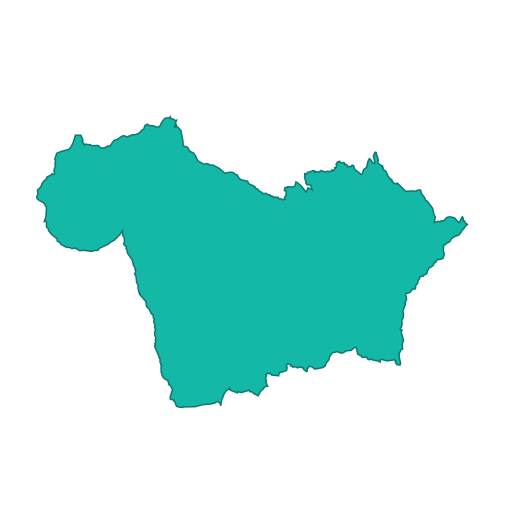 Bondowoso, Jawa Timur, Indonesia (Robinson projection), rotated 175°
{"feature_id": "22746128B61555758059649", "entity_name": "Bondowoso", "entity_type": "district", "adm_level": 2, "iso_a3": "IDN", "parent_name": "Indonesia", "parent_adm1": "Jawa Timur", "projection": "robinson", "projection_center": [113.922, -7.945], "detail": "fine", "context": "isolated", "style": "filled", "palette": "teal", "viewbox_px": 512, "rotation_deg": 175, "n_neighbors": 0, "source": "geoboundaries", "source_scale": "gbopen_adm2", "svg_char_len": 6110}
<svg xmlns="http://www.w3.org/2000/svg" viewBox="0 0 512 512"><g transform="rotate(175 256 256)"><path d="M452.7,288.1L450.7,286.9L449.1,284.4L444.1,281.2L440.5,280.6L438.6,279.4L435.5,279.7L431.2,276.7L426.5,276.6L419.1,274.8L418.1,275.4L413.1,275.5L411.0,277.5L402.0,280.7L400.0,282.3L396.0,284.0L389.7,289.3L386.7,293.0L386.9,288.2L385.6,285.6L385.8,281.4L386.9,279.8L386.1,278.2L384.3,276.6L384.8,274.8L384.0,273.4L383.8,270.1L379.6,262.8L379.4,260.2L378.8,259.4L379.2,259.0L379.0,257.9L377.1,253.5L377.7,253.1L377.1,251.1L378.5,248.8L377.3,246.2L377.2,239.8L375.9,237.3L376.3,234.7L375.8,230.1L375.0,228.8L375.5,228.3L369.7,220.3L369.4,215.1L367.1,212.4L365.3,207.5L363.8,206.7L363.5,202.7L362.8,201.9L363.7,199.6L362.6,195.3L363.4,193.5L362.4,191.7L363.7,188.5L363.7,185.9L363.0,183.5L363.6,180.8L363.3,178.4L364.4,177.8L363.9,175.8L364.7,175.7L364.9,174.9L361.2,163.8L361.4,162.9L360.5,162.2L360.9,158.2L360.1,157.4L360.4,156.0L359.6,155.1L360.3,153.6L360.6,148.1L360.1,147.6L360.0,145.5L358.9,142.9L356.0,140.3L354.7,140.0L353.9,135.2L352.7,134.6L350.8,130.4L353.8,123.0L353.8,120.7L350.6,119.8L350.5,118.6L349.6,117.9L348.3,113.3L345.6,112.1L342.0,111.5L341.9,112.0L329.8,111.2L321.8,112.6L313.8,112.5L309.7,113.2L307.8,114.4L306.1,113.9L304.6,112.2L304.1,109.9L302.9,115.1L299.6,121.8L297.6,124.1L293.8,126.6L293.9,125.3L293.2,124.5L286.4,121.3L286.2,121.9L285.0,122.2L282.8,121.2L274.5,122.9L273.9,121.3L272.2,121.3L269.5,118.6L269.2,118.9L266.1,116.5L262.9,121.2L260.9,122.4L259.3,124.4L257.2,125.3L255.8,125.2L257.2,130.0L256.4,130.7L257.2,133.3L256.0,135.8L256.6,137.0L254.0,138.3L253.1,137.4L251.7,137.8L251.0,136.1L243.9,134.7L243.0,137.6L236.5,139.0L235.2,140.0L234.7,142.5L235.5,143.5L233.9,145.9L231.0,144.8L231.2,143.5L229.9,143.4L229.2,142.1L226.3,142.2L224.4,140.9L222.2,141.8L220.5,140.8L219.8,141.2L218.6,140.2L218.5,138.9L215.9,136.5L214.9,136.9L214.9,139.7L214.0,139.7L212.6,141.5L210.1,140.8L207.2,138.2L199.5,139.0L196.6,140.4L195.5,143.2L192.6,146.0L191.2,149.6L188.4,152.9L183.3,153.6L180.0,151.9L177.8,151.9L174.2,153.7L169.4,153.6L166.0,156.3L164.1,155.9L163.2,149.4L160.3,147.5L158.7,145.6L154.8,145.7L153.5,143.3L151.7,142.7L150.5,143.6L148.9,142.3L143.6,140.8L141.6,139.5L141.2,141.4L140.2,142.2L134.7,140.1L127.3,140.5L126.0,139.6L126.5,138.1L125.0,135.4L122.1,134.8L121.3,136.5L122.2,143.2L121.8,146.9L120.5,148.2L119.9,149.9L118.0,150.6L118.0,155.5L116.4,158.9L118.0,167.8L116.9,169.5L118.3,169.8L118.7,171.2L117.5,172.1L116.5,175.0L116.3,179.2L115.2,180.8L114.1,184.7L114.5,188.5L111.5,194.6L111.2,197.5L109.9,199.1L109.7,201.9L110.5,203.4L110.0,205.3L105.7,206.3L103.0,209.5L100.5,209.2L99.6,210.5L99.9,212.0L97.2,215.1L96.6,217.5L95.3,218.8L94.8,220.6L92.1,221.7L91.1,221.3L90.5,222.3L87.4,223.5L86.4,226.4L84.6,228.9L80.9,230.7L79.7,232.1L79.5,233.2L77.2,234.4L76.8,235.6L75.2,236.6L72.4,236.6L69.7,237.6L68.3,241.4L68.9,245.4L68.0,250.7L66.4,250.8L64.6,252.3L61.9,253.2L59.8,256.2L57.0,257.8L52.1,259.3L49.4,262.0L48.5,263.9L46.9,264.6L45.2,267.1L42.6,269.1L44.6,270.5L45.0,272.6L46.7,273.1L46.2,275.2L46.9,277.0L47.8,276.5L49.7,272.7L51.1,271.7L55.2,276.9L59.9,278.2L62.7,277.7L65.5,275.0L68.6,274.8L69.7,274.0L71.2,274.7L75.4,273.9L74.0,279.2L75.1,281.9L75.9,288.1L80.5,295.6L82.1,296.6L83.0,299.6L85.7,303.7L86.3,307.3L88.7,307.6L92.0,306.4L93.4,307.1L101.2,307.4L109.0,316.4L109.8,315.5L112.9,316.7L113.4,318.6L114.5,319.4L114.1,320.3L116.0,321.6L117.7,324.4L119.2,329.1L121.6,331.0L121.8,333.0L122.4,333.2L122.0,334.6L125.3,336.7L126.5,338.2L125.8,340.8L126.1,343.0L126.8,345.8L127.4,345.9L127.2,348.6L128.4,349.0L130.4,345.5L129.4,338.7L130.1,338.1L131.7,338.6L133.2,341.8L134.6,343.1L136.6,339.7L137.9,334.8L141.2,332.7L143.1,328.4L144.5,328.3L147.9,331.9L149.0,332.4L150.4,334.6L150.8,337.4L152.4,338.2L153.6,336.6L155.6,337.2L156.7,336.7L157.2,338.3L159.1,339.8L159.6,339.5L160.1,341.3L163.1,341.4L164.7,343.1L165.8,342.2L166.2,342.6L167.1,342.2L167.4,341.0L168.2,340.5L167.8,339.9L168.3,337.4L169.9,337.1L169.8,335.9L171.8,334.1L172.5,334.8L172.6,334.1L173.3,334.6L174.7,333.6L177.9,334.2L179.7,333.5L183.6,335.5L185.3,334.4L186.2,334.7L187.5,334.0L188.7,334.8L190.0,334.3L189.9,335.4L191.5,336.2L195.8,334.8L197.0,335.1L198.6,333.2L200.3,333.8L200.6,328.8L199.7,325.5L200.0,324.3L199.1,322.6L195.6,322.0L194.2,317.0L198.2,319.4L200.3,315.5L200.8,315.6L204.6,321.6L208.5,325.6L209.9,326.2L210.9,322.6L212.7,321.5L218.1,322.2L218.7,322.2L218.9,321.2L221.1,321.7L222.1,318.9L220.3,317.8L220.8,313.8L222.4,311.9L222.1,309.9L223.7,310.1L224.6,309.6L226.0,310.8L228.0,310.7L228.8,312.6L230.2,312.3L231.4,313.2L233.3,312.6L234.0,313.0L234.0,314.1L236.1,314.3L236.1,315.1L237.1,315.9L238.4,315.7L240.4,317.5L244.1,317.7L244.7,318.9L247.4,320.6L248.6,322.6L250.9,323.4L251.1,325.2L251.7,324.9L252.3,326.1L257.1,328.7L257.8,331.2L264.1,333.2L265.9,334.7L267.9,338.6L269.0,338.7L271.4,341.1L274.1,341.8L279.8,341.2L285.0,346.5L290.9,350.3L294.2,350.6L295.1,351.7L296.9,352.3L300.2,352.0L305.8,356.1L307.2,360.3L309.2,364.0L312.7,366.0L314.7,370.3L318.9,372.1L318.8,377.4L319.8,387.5L322.9,391.5L326.0,391.7L325.4,393.1L324.0,392.7L323.9,393.8L324.8,395.1L323.3,398.2L325.1,398.1L326.5,399.6L329.2,400.4L329.2,402.1L330.0,401.4L334.7,401.1L337.7,398.1L340.9,393.2L343.7,392.9L346.3,394.4L351.2,395.3L352.6,396.7L353.3,396.6L355.2,395.7L356.9,392.1L359.6,390.8L359.8,389.9L362.2,388.4L366.1,387.2L368.3,387.6L374.2,385.9L377.1,387.4L379.2,387.0L383.8,384.3L387.6,383.4L392.0,378.1L394.2,378.5L397.0,377.1L399.6,376.7L403.0,378.5L403.0,379.4L404.0,379.9L409.8,380.1L411.1,381.2L415.9,382.2L417.5,381.6L417.7,383.2L419.4,385.1L418.4,386.1L418.4,387.3L420.0,391.6L425.4,392.1L427.9,385.6L430.7,380.9L433.2,378.5L441.0,377.1L445.5,375.7L448.0,370.2L447.4,368.4L448.3,365.4L448.0,362.8L449.7,359.7L449.6,355.5L451.1,354.7L452.0,355.7L453.6,354.3L457.3,353.0L458.1,351.0L460.3,349.6L462.6,347.2L464.5,343.4L468.0,340.7L467.8,336.7L469.4,333.8L469.2,332.5L467.9,330.9L462.6,327.2L460.5,322.6L461.8,313.7L463.9,308.8L462.6,309.2L461.8,308.0L462.2,303.1L460.9,302.0L460.2,299.1L458.0,295.6L452.7,290.5L452.7,288.1Z" fill="#14b8a6" stroke="#0f766e" stroke-width="1.5"/></g></svg>